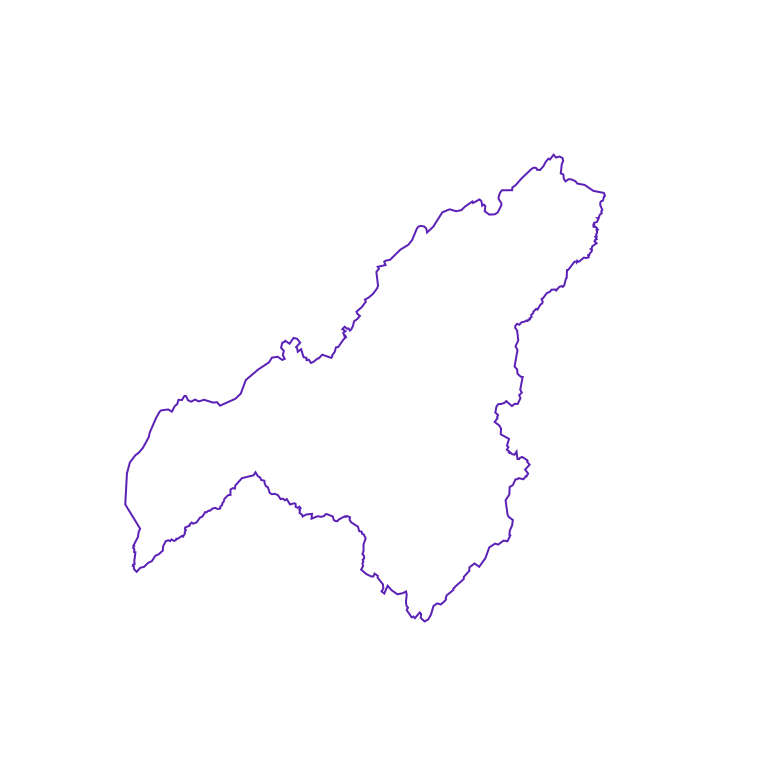 Kut Rang, Maha Sarakham, Thailand, rotated 209°
{"feature_id": "78962969B2747980424565", "entity_name": "Kut Rang", "entity_type": "district", "adm_level": 2, "iso_a3": "THA", "parent_name": "Thailand", "parent_adm1": "Maha Sarakham", "projection": "equal_earth", "projection_center": [102.948, 16.039], "detail": "fine", "context": "isolated", "style": "outline", "palette": "violet", "viewbox_px": 768, "rotation_deg": 209, "n_neighbors": 0, "source": "geoboundaries", "source_scale": "gbopen_adm2", "svg_char_len": 6153}
<svg xmlns="http://www.w3.org/2000/svg" viewBox="0 0 768 768"><g transform="rotate(209 384 384)"><path d="M284.7,531.2L285.1,532.9L287.4,534.7L286.5,536.2L285.7,542.4L283.6,545.1L283.2,547.7L280.5,549.4L278.9,549.2L279.1,550.3L278.3,550.6L277.9,553.7L275.8,556.0L274.7,555.7L274.2,557.7L276.0,564.4L275.7,565.4L279.2,572.4L278.2,573.1L276.7,583.3L275.3,584.3L274.6,583.8L274.8,585.4L273.6,584.9L272.8,585.6L270.4,591.5L268.1,592.2L266.4,594.1L267.9,595.6L266.9,596.4L267.4,597.5L266.7,600.5L267.2,602.3L268.6,602.3L268.1,603.2L268.6,605.4L266.3,610.2L269.0,610.8L269.3,611.8L268.2,613.8L269.5,614.3L269.4,615.3L270.4,615.3L269.7,616.4L271.0,617.5L270.9,619.6L272.2,621.4L271.9,622.2L272.9,622.0L272.9,623.4L274.8,624.0L277.0,623.1L278.0,624.7L277.2,625.0L278.4,626.7L276.3,629.1L276.5,632.6L277.7,632.7L276.8,633.4L277.3,636.6L276.4,639.0L277.7,640.4L277.4,642.1L281.2,644.9L282.7,647.3L282.8,648.8L281.4,650.7L282.5,654.6L281.9,655.3L282.4,656.2L283.0,656.5L283.6,657.2L284.4,657.7L294.6,654.4L305.1,655.4L312.1,653.0L315.0,654.2L319.2,653.8L321.9,652.6L323.5,649.2L326.3,650.7L328.7,654.2L331.5,653.9L335.1,662.5L335.5,666.1L337.5,668.2L340.8,668.0L343.4,665.4L346.8,666.8L347.7,660.8L349.5,660.8L350.3,656.2L350.1,652.0L351.3,646.8L354.2,645.6L355.1,646.6L356.7,646.5L358.6,645.0L359.7,642.2L363.3,630.7L365.3,621.6L367.0,618.2L365.9,615.6L374.8,610.6L375.2,607.4L374.4,603.0L373.3,601.3L369.1,599.1L368.0,597.2L367.7,589.0L369.6,585.9L374.1,583.2L379.6,583.9L381.7,588.8L383.7,589.3L384.5,587.5L387.3,591.0L389.9,591.8L393.9,585.5L395.2,586.5L399.2,578.3L400.6,573.6L404.6,570.1L411.3,568.6L416.2,562.4L417.2,545.4L419.8,537.4L422.5,540.6L425.4,541.2L428.7,540.0L430.3,538.1L430.6,535.9L429.2,523.5L430.2,517.6L434.8,509.5L438.9,495.6L442.3,492.7L443.1,491.0L440.3,488.8L446.3,483.5L444.3,482.3L445.0,478.3L436.8,467.0L436.4,464.2L437.4,457.3L439.2,452.4L441.6,448.6L439.8,447.2L440.6,440.8L443.1,433.9L441.2,432.4L438.1,431.9L438.8,428.1L440.6,424.3L439.3,419.7L439.1,415.9L439.7,414.2L442.0,415.4L443.0,414.4L446.2,415.0L447.0,411.8L443.3,411.5L444.5,409.1L441.8,406.7L441.4,407.5L439.9,406.6L441.0,403.4L442.0,394.1L443.8,392.8L442.7,388.2L443.2,384.0L442.5,382.8L442.8,381.3L452.2,379.7L453.6,374.5L454.5,374.0L456.4,369.2L458.2,367.0L461.5,368.8L463.3,367.3L464.6,369.3L467.4,368.5L473.3,374.2L475.1,370.4L477.3,373.2L478.8,373.6L477.3,379.5L481.9,381.4L485.5,380.4L486.1,373.5L491.4,373.9L491.7,372.1L493.0,370.8L491.6,365.8L487.7,364.4L486.5,360.2L483.0,357.9L484.7,355.7L490.2,356.3L494.8,352.7L495.1,347.1L501.1,335.6L506.8,320.5L504.6,306.1L506.8,299.1L516.9,285.6L521.2,287.1L524.4,284.9L533.6,283.0L537.7,278.9L541.7,278.8L544.1,275.0L547.6,274.8L551.4,277.5L552.8,276.7L552.9,272.1L556.1,270.5L555.1,266.1L556.3,263.2L556.1,257.0L560.4,257.1L566.0,253.0L566.8,251.2L566.9,244.4L565.4,228.2L564.0,223.5L563.9,211.4L565.1,205.2L567.0,200.9L568.2,192.1L565.5,181.2L551.9,153.2L527.1,139.2L526.9,135.7L525.0,130.9L524.8,121.1L523.9,121.1L523.9,119.0L522.3,118.5L521.0,115.9L519.8,116.3L516.5,107.9L514.7,105.4L515.9,104.3L515.6,103.1L514.2,103.0L513.0,101.0L509.3,99.8L508.0,105.2L505.3,107.6L503.5,113.4L501.2,116.4L500.7,123.1L498.5,125.7L496.7,131.1L498.5,135.0L498.7,140.7L496.9,142.7L494.9,142.9L494.5,145.0L491.4,145.0L490.4,146.5L490.6,148.0L489.4,148.6L487.0,153.3L485.8,153.0L485.6,156.5L486.6,158.1L486.4,160.2L487.6,160.4L488.3,162.2L485.3,165.9L485.9,166.9L485.0,169.6L483.2,169.3L480.8,172.2L480.2,177.7L478.5,180.2L478.3,185.3L477.1,185.7L476.0,188.2L474.8,188.7L473.6,192.0L471.3,193.9L469.0,194.0L466.9,195.6L467.7,197.5L466.9,199.6L467.6,201.5L467.1,203.2L467.9,206.2L466.4,211.3L464.5,212.5L467.1,217.3L465.7,219.7L463.7,220.2L464.8,223.1L462.6,232.8L453.8,240.9L453.6,244.5L449.8,242.3L446.8,242.1L445.0,240.5L441.7,241.4L440.1,239.1L437.7,237.4L435.5,237.4L431.1,233.3L428.6,233.3L426.3,235.0L422.9,235.4L418.7,233.2L416.8,234.7L414.3,234.2L413.2,236.2L407.9,233.1L404.5,236.3L403.1,236.2L401.7,233.7L399.4,233.9L398.5,235.7L396.6,234.8L397.1,232.9L396.2,232.6L395.4,230.3L392.3,229.9L390.9,228.7L388.9,232.0L384.0,235.5L382.1,231.1L377.9,236.2L374.5,237.4L372.5,239.3L372.0,241.6L371.0,242.5L364.4,243.3L362.4,241.0L360.6,240.5L358.2,241.4L358.0,243.2L354.1,249.4L353.0,249.1L352.2,250.7L349.1,250.9L348.3,248.6L345.7,247.1L337.6,246.6L334.4,243.3L331.9,244.0L330.3,242.3L328.8,242.6L325.2,240.1L324.1,233.6L321.0,228.1L320.4,224.8L318.1,223.9L316.8,221.9L317.4,219.9L315.9,218.7L316.0,216.8L314.1,214.8L314.0,210.6L307.3,209.2L302.0,209.5L300.1,210.3L300.3,213.6L296.5,213.2L295.7,211.5L287.9,208.3L285.4,204.8L285.6,201.4L282.2,200.9L283.0,209.3L277.3,207.3L270.4,206.6L266.3,210.0L264.1,213.2L262.0,210.7L259.1,203.9L256.6,200.7L254.6,200.0L254.6,197.3L246.6,193.3L245.5,194.9L243.4,194.2L242.0,201.5L240.1,200.9L238.4,197.2L233.4,196.0L231.2,199.5L231.1,205.0L233.1,213.9L231.1,217.9L227.4,218.8L225.6,223.8L225.3,225.7L226.3,226.8L226.7,229.5L223.5,237.5L224.1,238.3L223.3,241.8L219.7,252.1L220.7,254.0L218.8,261.9L220.4,265.1L217.8,270.9L212.1,270.3L210.9,280.9L212.7,292.1L209.5,298.2L206.2,299.0L203.5,305.0L199.8,306.3L200.1,312.8L201.2,312.8L202.9,316.9L203.4,322.5L205.4,327.5L210.3,328.2L212.4,329.4L221.3,341.2L220.8,348.2L224.2,354.8L222.3,358.0L222.8,364.3L221.1,365.5L220.7,366.9L215.8,368.3L215.2,372.2L214.6,372.2L214.5,375.5L219.1,377.6L217.5,384.0L221.2,385.4L221.2,386.5L222.0,386.8L227.8,387.2L229.4,385.1L229.5,383.8L230.9,383.1L235.3,389.1L235.6,385.4L237.9,384.8L240.6,385.3L240.6,384.6L241.7,384.7L241.7,385.7L244.7,386.1L244.6,389.1L246.6,389.7L248.0,396.6L257.5,396.6L260.0,401.7L263.0,403.6L268.8,404.4L268.2,409.3L269.1,410.1L269.1,412.1L272.8,413.0L274.7,418.8L274.3,421.8L271.7,423.4L269.2,426.4L268.8,428.3L261.5,426.7L259.9,430.2L257.4,431.3L257.8,437.8L260.4,439.8L259.3,443.3L262.1,445.0L266.1,457.4L267.7,456.6L272.3,457.8L274.6,461.3L278.3,462.6L283.7,478.4L287.2,480.7L287.7,487.2L293.4,495.2L296.6,496.8L297.3,498.6L296.8,501.2L294.3,501.5L293.8,504.4L291.2,506.8L290.3,508.6L288.9,508.7L288.9,509.9L287.7,511.2L288.5,512.0L287.4,514.1L288.7,515.7L287.9,518.3L288.4,519.8L287.3,523.5L285.8,523.5L285.7,529.2L284.7,531.2Z" fill="none" stroke="#5b21b6" stroke-width="2"/></g></svg>